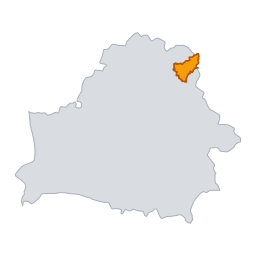 Vitebsk, Vitebsk, Belarus shown in context
{"feature_id": "67162791B85815486219336", "entity_name": "Vitebsk", "entity_type": "district", "adm_level": 2, "iso_a3": "BLR", "parent_name": "Belarus", "parent_adm1": "Vitebsk", "projection": "albers", "projection_center": [30.292, 55.263], "detail": "fine", "context": "in_parent", "style": "filled", "palette": "amber", "viewbox_px": 256, "rotation_deg": 0, "n_neighbors": 0, "source": "geoboundaries", "source_scale": "gbopen_adm2", "svg_char_len": 7717}
<svg xmlns="http://www.w3.org/2000/svg" viewBox="0 0 256 256"><path d="M219.7,190.4L215.2,190.2L209.7,190.4L206.7,192.6L203.4,191.6L201.0,192.8L195.7,198.7L193.6,201.9L191.6,206.7L190.4,210.3L191.0,212.8L192.1,215.2L192.3,217.7L192.8,219.7L191.5,221.1L190.7,223.2L188.4,222.8L185.5,220.8L184.9,218.0L182.8,216.0L181.3,214.9L179.0,214.8L175.2,215.7L170.3,216.4L166.6,216.5L164.5,217.5L161.5,218.5L160.4,217.3L158.8,214.0L157.5,210.7L156.6,209.3L155.8,208.9L154.8,208.9L153.6,210.0L152.7,211.0L149.6,212.2L148.2,213.3L146.6,216.2L145.6,216.0L144.6,215.3L143.5,211.9L141.9,211.1L139.3,211.0L136.1,210.2L133.5,209.1L132.6,209.3L131.0,210.7L129.3,210.9L125.7,209.5L124.9,210.0L122.7,213.6L121.7,213.8L121.1,213.3L121.5,210.1L119.5,208.9L115.9,208.6L113.3,208.9L112.1,208.7L111.5,208.1L108.6,202.6L107.0,202.2L104.1,202.3L99.8,201.4L94.9,200.0L92.2,199.4L90.8,198.1L87.8,197.5L79.7,194.7L76.4,194.1L71.5,193.8L64.0,192.7L59.2,192.7L56.9,193.2L54.3,193.5L45.4,193.4L42.1,193.8L41.1,194.8L39.8,197.2L35.8,201.1L32.0,203.6L31.3,203.8L29.3,202.1L27.6,201.4L25.6,201.1L24.1,201.4L23.1,202.0L22.9,205.3L22.7,205.6L21.5,201.6L22.0,198.0L23.0,196.1L24.3,194.4L24.1,191.6L25.5,188.1L25.8,185.5L25.4,184.4L24.7,183.0L22.5,181.3L21.6,180.1L18.7,178.3L15.8,176.1L15.4,174.9L15.6,174.1L16.2,173.0L18.9,169.7L21.8,166.6L23.6,165.4L32.6,161.8L34.1,160.4L34.6,157.9L35.0,152.7L34.9,147.9L34.5,144.6L33.5,138.3L30.3,125.1L29.0,111.7L30.6,112.7L34.5,113.3L37.8,112.7L39.4,112.7L40.9,113.2L45.1,112.8L46.0,114.1L47.8,115.3L51.6,114.1L55.0,112.5L58.3,113.0L58.9,112.1L60.1,107.5L61.2,106.5L65.1,107.3L66.7,106.6L68.4,104.4L70.9,103.1L72.8,103.3L75.0,101.8L75.9,102.9L76.3,104.9L75.5,106.4L75.7,107.0L77.1,107.9L79.6,108.0L81.2,107.5L81.6,106.6L81.7,105.0L81.4,103.5L80.5,102.2L78.6,101.4L77.2,101.3L77.0,100.4L77.6,98.7L79.0,95.5L80.7,92.7L81.6,91.7L81.9,90.7L81.8,88.9L82.0,85.7L83.6,81.3L85.6,78.1L88.0,77.2L90.9,76.7L92.8,75.3L93.8,73.5L94.7,70.7L95.7,70.1L102.5,70.9L103.7,68.1L104.4,67.3L105.7,66.5L106.7,65.5L106.4,64.7L104.7,64.1L100.6,63.5L99.8,62.5L100.1,61.3L101.4,58.4L102.6,54.7L103.3,51.7L103.5,50.0L104.1,49.6L107.4,49.2L108.6,48.6L111.6,44.7L113.8,44.2L119.4,45.5L122.0,45.5L125.2,45.9L125.5,45.5L126.8,41.6L132.6,35.4L135.6,33.2L137.4,32.8L138.1,33.0L140.9,36.4L141.6,36.6L143.6,35.2L147.1,35.2L148.6,36.4L150.8,40.6L151.9,41.1L155.3,38.9L157.1,38.1L158.4,38.2L164.6,41.5L165.0,42.5L165.0,43.7L164.0,47.5L165.3,49.8L166.8,51.4L170.0,48.8L171.2,48.1L172.5,48.1L174.3,47.2L175.6,45.7L176.8,45.2L179.1,45.6L183.3,45.2L188.1,47.5L188.5,48.2L191.0,50.9L191.8,52.2L192.7,52.6L194.0,53.9L195.7,54.7L196.9,54.4L197.5,54.9L198.0,55.9L198.1,57.6L198.0,62.6L196.2,65.2L196.0,66.1L196.1,67.2L197.5,69.4L199.3,72.7L199.8,74.6L199.8,76.1L197.4,80.4L196.5,81.4L196.0,83.5L195.7,85.6L195.9,86.5L200.1,89.8L203.2,91.7L203.9,92.5L204.0,93.1L202.4,96.8L202.2,97.8L204.7,99.2L206.1,101.6L207.4,105.5L209.8,109.2L218.8,114.4L219.6,115.4L219.9,116.6L219.6,119.1L218.1,124.0L219.6,124.7L223.6,124.4L228.4,124.9L234.2,128.1L234.3,129.7L233.7,131.1L234.2,132.6L234.8,133.8L240.0,137.5L240.5,138.6L240.6,140.4L240.5,141.8L239.2,142.1L237.6,142.8L235.2,144.5L234.2,146.9L230.2,150.2L227.7,151.7L225.7,151.8L220.9,151.3L219.2,149.8L218.5,148.3L216.6,147.7L214.1,147.7L210.8,148.0L210.1,148.5L209.6,150.2L208.2,153.3L207.2,155.0L211.6,161.0L213.8,163.4L214.5,164.9L214.5,166.0L213.5,167.3L213.7,169.8L215.9,173.2L215.2,173.7L215.0,177.8L215.1,182.3L215.7,183.3L216.9,184.2L217.9,185.8L219.6,189.4L219.7,190.4Z" fill="#d9dde1" stroke="#a8b0b8" stroke-width="1"/><path d="M174.1,70.6L174.3,70.3L174.5,70.2L174.8,70.1L175.0,70.3L175.1,70.6L175.2,70.9L175.2,71.2L175.3,71.3L175.4,71.5L175.6,71.6L175.8,71.6L176.3,71.8L177.1,71.8L177.2,72.0L176.9,72.2L176.8,72.4L176.7,72.6L176.4,73.3L176.4,73.5L176.4,73.8L176.5,74.1L176.6,74.3L176.8,74.4L176.9,74.5L176.8,74.9L176.7,75.0L176.4,75.1L176.2,75.4L176.2,75.5L176.3,75.6L176.6,75.7L176.8,75.7L177.1,75.6L177.6,75.7L177.8,75.6L178.0,75.4L178.3,75.4L178.5,75.7L178.7,75.9L178.8,76.0L179.0,76.0L179.0,76.5L178.9,76.8L178.8,77.0L178.7,77.0L178.7,77.4L178.9,77.6L179.0,77.7L178.9,77.8L178.8,78.0L178.9,78.4L179.0,78.5L179.3,78.5L179.5,78.5L179.8,78.5L180.1,78.7L180.2,78.9L180.3,79.1L180.5,79.3L181.1,79.4L181.4,79.4L181.4,79.5L181.4,79.8L181.2,80.0L181.3,80.3L182.1,80.5L182.2,80.8L182.1,81.2L182.1,81.4L182.2,81.5L182.3,81.5L182.4,81.4L182.5,81.1L182.8,80.9L183.2,81.1L183.7,81.3L184.2,81.5L184.5,81.6L184.9,81.8L185.4,82.0L185.6,82.1L186.0,82.1L186.3,82.0L186.5,81.9L186.5,81.7L186.3,81.5L185.8,81.4L185.6,81.3L185.5,81.2L185.5,80.7L186.5,80.1L186.6,79.9L186.5,79.7L186.1,79.4L186.0,79.1L186.2,78.9L186.3,78.8L186.4,78.6L186.5,78.4L186.3,78.3L186.2,78.1L186.3,77.9L187.0,76.9L187.2,76.7L187.2,76.4L187.2,76.0L187.3,75.8L187.4,75.6L187.9,75.3L188.0,75.1L188.3,74.7L188.4,74.3L188.4,74.0L188.4,73.9L188.4,73.7L188.5,73.6L189.0,73.9L189.2,74.0L189.3,74.0L189.5,73.9L189.7,73.7L189.9,73.5L190.1,73.5L190.2,73.4L190.2,73.2L190.0,72.9L190.0,72.6L189.9,72.5L189.9,72.2L190.0,72.0L190.0,71.8L190.0,71.6L190.4,71.3L190.6,71.3L190.8,71.3L191.1,71.6L191.2,71.9L191.3,72.1L191.5,72.3L192.0,72.5L192.2,72.4L192.2,72.2L192.3,72.0L192.5,71.8L192.7,71.7L192.9,71.5L193.1,71.5L193.2,71.4L193.2,71.2L193.1,70.8L193.1,70.6L193.2,70.2L193.2,69.9L193.3,69.8L193.3,69.7L193.5,69.5L193.6,69.4L193.8,69.4L193.8,69.5L194.0,69.6L194.3,69.4L194.6,68.9L194.7,68.6L194.8,68.3L194.8,68.2L195.4,67.9L195.5,67.9L195.7,68.0L195.8,68.2L196.0,68.2L196.6,68.1L196.9,68.0L197.6,68.0L197.9,68.0L197.9,67.7L197.0,67.6L196.7,67.5L196.4,67.2L196.2,66.9L196.2,66.5L196.2,65.9L196.2,65.5L196.4,65.1L196.7,64.8L197.1,64.5L197.5,64.3L198.0,63.9L198.3,63.5L198.5,63.1L198.6,62.4L198.5,61.9L198.3,61.5L198.2,61.3L198.1,61.0L197.8,60.3L197.8,60.0L197.8,59.8L197.9,59.5L198.1,59.4L198.5,59.4L198.7,59.1L198.9,58.9L198.7,58.5L198.5,58.2L198.3,57.9L198.1,57.6L198.2,57.3L198.7,57.0L199.0,56.7L199.0,56.4L198.8,55.5L198.7,54.7L198.6,54.1L198.5,53.9L198.2,54.0L197.7,54.3L197.5,53.9L197.2,53.6L196.8,54.0L196.6,54.3L196.3,54.7L196.0,55.0L195.7,55.2L195.1,55.2L194.9,55.1L194.4,55.1L194.2,55.2L193.8,55.2L193.7,55.3L193.7,55.5L193.8,55.6L193.9,55.8L193.7,56.0L193.6,56.3L193.4,56.4L193.2,56.4L192.8,56.6L192.5,56.9L192.3,57.0L192.2,57.1L191.7,57.1L191.4,57.1L191.1,57.2L190.9,57.1L190.7,57.1L190.4,57.2L190.2,57.2L189.8,57.1L189.6,57.2L189.4,57.2L189.2,57.4L189.2,57.6L189.2,57.9L189.3,58.0L189.4,58.3L189.5,58.6L189.5,59.0L189.6,59.4L189.8,59.6L190.0,59.8L189.9,59.9L189.9,60.0L189.7,60.1L188.8,60.4L188.6,60.5L188.4,60.8L188.2,61.0L187.8,61.0L187.7,60.8L187.4,60.8L187.3,61.0L187.2,61.1L186.8,60.9L186.7,60.9L186.6,60.7L186.4,60.7L186.2,60.7L185.9,60.8L185.6,61.1L185.4,61.2L185.4,61.3L185.3,61.5L185.2,61.8L185.0,62.0L184.8,62.1L184.5,62.3L184.2,62.6L183.9,62.8L183.7,62.9L183.6,63.0L183.4,63.0L183.1,63.1L183.0,63.3L183.0,63.5L182.9,63.6L182.8,63.8L182.8,64.0L182.7,64.2L182.4,64.3L182.0,64.4L181.8,64.4L181.7,64.3L181.5,64.1L181.3,63.8L181.1,63.5L180.9,63.3L180.8,63.2L180.6,63.2L180.2,63.4L179.9,63.5L179.5,63.6L179.4,63.6L179.1,63.9L178.9,64.0L178.7,64.0L178.3,64.0L178.2,64.0L178.1,63.9L177.9,63.8L177.7,63.9L177.6,64.1L177.4,64.1L177.5,63.7L177.4,63.5L177.2,63.5L176.6,63.9L176.6,64.0L176.4,64.1L176.2,64.0L176.0,63.7L175.9,63.5L175.9,63.3L175.8,63.2L175.7,63.1L175.4,63.2L175.3,63.4L175.1,63.6L174.8,63.8L174.5,63.7L174.1,63.7L174.1,63.9L174.1,64.2L174.0,64.3L173.9,64.5L173.8,64.9L173.9,65.0L174.0,65.2L174.3,65.4L174.3,65.5L174.1,65.8L174.1,66.0L174.1,66.3L174.0,66.5L174.1,66.8L174.2,67.0L174.0,67.3L173.9,67.5L173.9,67.8L174.0,67.9L174.3,68.1L174.4,68.3L174.7,68.6L174.7,68.8L174.4,68.8L174.2,68.7L173.8,68.8L173.3,69.1L173.1,69.3L173.1,69.5L173.3,69.8L173.8,70.4L173.9,70.5L174.0,70.6L174.1,70.6Z" fill="#f59e0b" stroke="#b45309" stroke-width="1.5"/></svg>